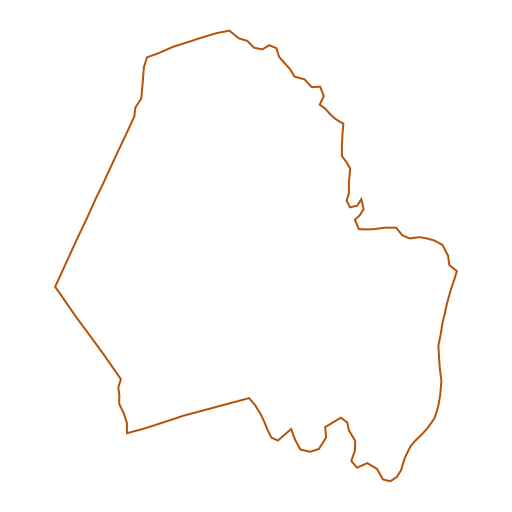 the district of Jaboatão dos Guararapes, Pernambuco, Brazil
{"feature_id": "56859067B18632556721053", "entity_name": "Jaboatão dos Guararapes", "entity_type": "district", "adm_level": 2, "iso_a3": "BRA", "parent_name": "Brazil", "parent_adm1": "Pernambuco", "projection": "robinson", "projection_center": [-34.985, -8.149], "detail": "fine", "context": "isolated", "style": "outline", "palette": "amber", "viewbox_px": 512, "rotation_deg": 0, "n_neighbors": 0, "source": "geoboundaries", "source_scale": "gbopen_adm2", "svg_char_len": 1641}
<svg xmlns="http://www.w3.org/2000/svg" viewBox="0 0 512 512"><path d="M414.8,441.2L422.1,434.2L427.8,427.7L434.5,418.3L438.1,406.9L440.2,394.9L441.4,381.1L439.8,368.1L439.1,358.7L438.4,345.5L440.7,334.4L442.5,322.7L444.7,314.0L446.8,304.1L450.5,290.8L454.5,278.9L456.9,271.1L449.4,265.3L448.1,255.9L442.5,244.9L433.8,240.3L425.3,238.1L419.0,237.2L409.7,238.4L402.4,235.3L396.1,227.7L385.0,227.7L373.3,229.2L367.0,229.4L358.9,229.2L354.9,219.8L359.8,215.2L363.6,209.1L361.3,199.2L357.2,205.7L350.0,207.3L346.6,200.5L348.9,193.6L348.9,182.2L350.2,168.6L346.6,162.4L341.9,156.0L341.9,145.4L342.5,133.5L343.4,123.8L336.2,119.5L330.6,114.7L325.1,108.5L319.7,104.7L323.8,96.1L320.1,86.6L311.8,87.2L304.5,79.4L294.5,76.6L290.1,69.2L284.5,63.0L279.1,56.9L276.4,48.2L269.3,45.2L262.3,49.4L254.0,47.7L247.3,40.9L238.9,38.4L229.5,30.7L217.5,32.9L206.8,36.0L198.2,38.7L190.2,41.4L173.4,46.7L157.7,53.5L147.1,57.3L143.9,67.1L142.6,83.8L141.3,98.3L135.3,107.8L134.3,116.5L126.6,133.2L117.2,153.0L102.3,185.3L96.5,197.0L86.8,218.6L82.9,226.7L79.5,233.8L75.6,242.2L55.1,286.9L60.9,294.9L75.8,316.6L91.0,337.1L103.2,353.8L120.9,379.2L118.3,387.5L119.3,394.9L119.2,403.9L123.6,413.1L126.9,422.9L127.0,433.2L144.1,428.6L173.1,419.2L182.4,416.0L249.0,398.1L255.3,405.4L261.3,415.3L264.4,422.1L267.3,429.4L271.4,437.6L277.9,440.5L291.1,429.1L295.0,439.6L300.3,449.5L310.1,451.8L318.8,449.0L326.1,437.6L325.2,427.1L340.8,417.7L347.2,422.4L348.9,430.4L355.2,440.8L354.9,450.7L351.3,460.9L357.0,467.7L367.3,463.1L377.0,468.9L382.9,479.4L390.3,481.3L396.7,477.1L401.0,470.3L404.8,457.9L410.4,446.5L414.8,441.2Z" fill="none" stroke="#b45309" stroke-width="2"/></svg>